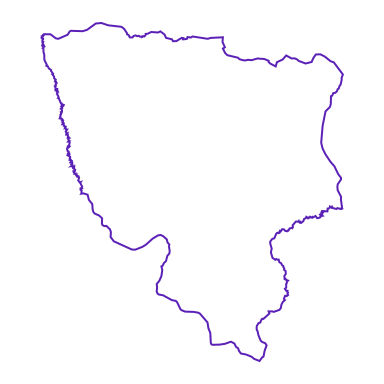 Sikhio, Nakhon Ratchasima, Thailand (orthographic projection)
{"feature_id": "78962969B49546338706429", "entity_name": "Sikhio", "entity_type": "district", "adm_level": 2, "iso_a3": "THA", "parent_name": "Thailand", "parent_adm1": "Nakhon Ratchasima", "projection": "orthographic", "projection_center": [101.558, 14.904], "detail": "fine", "context": "isolated", "style": "outline", "palette": "violet", "viewbox_px": 384, "rotation_deg": 0, "n_neighbors": 0, "source": "geoboundaries", "source_scale": "gbopen_adm2", "svg_char_len": 5769}
<svg xmlns="http://www.w3.org/2000/svg" viewBox="0 0 384 384"><path d="M43.9,34.2L43.3,34.7L43.8,35.2L43.4,35.7L41.1,36.4L42.0,36.4L43.2,37.3L42.2,37.1L42.8,38.2L41.9,38.3L43.0,39.6L42.3,40.5L42.4,42.0L43.2,42.0L42.8,43.3L43.7,45.1L42.5,44.5L42.1,45.6L43.8,47.0L42.8,48.1L43.4,48.4L43.5,52.2L44.2,54.2L44.4,60.0L46.8,64.8L46.4,65.8L47.7,66.2L48.9,68.5L51.1,70.0L51.0,70.9L52.7,73.2L52.3,73.9L53.1,74.1L52.9,75.1L54.1,76.6L54.2,78.4L55.7,79.6L55.2,80.5L56.1,81.9L55.4,82.0L56.5,83.4L55.5,84.5L55.9,85.8L54.8,86.3L55.7,88.2L55.5,89.0L56.8,89.0L56.4,89.6L57.1,89.4L57.5,90.3L57.5,90.9L56.9,90.9L57.3,91.3L56.5,91.3L57.6,93.0L56.9,94.0L58.3,96.2L58.7,97.6L58.1,98.1L58.9,98.6L60.9,103.3L61.6,103.4L61.7,104.7L62.6,104.7L62.8,105.4L63.1,104.7L63.8,105.0L63.2,106.0L61.4,106.6L62.1,107.4L61.0,108.6L61.7,108.8L61.3,109.2L62.0,110.2L62.0,111.7L61.6,112.7L60.9,112.4L61.1,114.2L60.3,114.9L60.6,116.0L60.0,117.0L60.5,117.7L59.9,118.4L61.6,118.7L61.7,119.7L62.5,119.5L63.0,120.3L62.5,120.6L62.8,121.4L62.4,121.8L63.0,122.0L63.1,122.8L62.5,124.0L63.8,123.7L63.7,125.7L64.5,125.9L64.6,126.7L65.6,126.8L65.0,128.1L65.6,127.9L66.0,129.4L67.1,129.5L65.7,131.6L66.5,132.4L66.3,133.9L67.2,133.5L66.9,134.1L67.5,133.9L67.9,134.6L67.5,135.5L68.4,136.5L67.9,137.3L69.2,138.0L67.9,138.6L69.0,140.3L68.6,140.9L69.3,141.1L68.5,141.7L69.3,141.8L69.7,142.8L69.0,145.2L69.6,146.1L68.7,146.4L69.2,146.8L68.7,147.4L67.8,146.6L67.0,149.0L67.7,151.2L68.6,151.5L68.4,152.8L69.3,153.2L69.3,154.0L67.8,153.9L67.7,154.4L68.8,154.6L67.8,155.5L70.1,156.6L70.0,157.6L69.2,157.6L70.0,158.0L69.6,158.8L70.5,159.5L69.9,160.1L71.6,160.8L70.7,162.1L72.2,162.2L72.4,164.7L71.3,164.5L72.0,165.7L71.3,166.2L72.4,166.1L72.8,167.2L74.2,166.3L74.1,168.0L73.5,168.5L75.2,169.8L75.0,170.8L73.4,171.2L73.6,172.0L74.4,171.9L74.4,172.9L75.0,172.4L74.4,173.7L75.2,173.8L76.3,175.4L76.7,174.6L77.0,175.7L77.8,176.0L77.7,176.7L78.6,176.5L78.9,177.2L79.1,177.9L78.2,180.4L79.8,182.5L80.6,182.2L80.2,182.8L82.2,186.8L81.4,187.9L81.7,188.2L80.5,188.4L80.4,189.1L80.6,189.9L81.7,190.4L81.4,192.2L81.8,192.9L81.3,193.7L83.5,193.4L87.6,194.7L88.9,199.9L92.3,204.1L92.6,209.2L93.5,212.3L94.8,213.6L99.2,215.6L102.1,218.3L101.9,223.3L102.4,225.0L104.3,226.1L106.4,225.9L110.0,229.4L110.9,232.1L110.6,237.0L113.8,241.3L131.8,249.5L135.2,249.7L142.3,246.9L145.8,244.8L152.7,238.6L158.2,235.3L160.7,235.0L163.1,236.1L166.8,239.4L167.5,242.4L169.3,244.5L169.0,246.7L169.7,251.1L169.3,253.6L167.3,255.9L166.0,261.1L163.9,263.1L162.7,265.7L161.4,266.4L162.3,269.9L161.4,276.1L159.4,280.7L156.7,284.1L157.1,287.1L156.7,291.5L157.6,293.7L158.8,294.5L163.1,295.3L171.8,300.1L175.8,300.9L177.1,302.2L180.5,309.3L181.6,310.2L185.1,311.6L193.6,311.9L198.3,312.7L199.9,313.6L207.5,322.4L208.4,328.2L210.3,333.0L210.8,343.0L211.4,344.3L212.7,344.8L219.7,344.6L225.0,343.8L230.9,341.7L234.4,343.5L236.0,346.8L238.1,348.3L239.0,350.9L240.9,353.5L246.0,354.5L251.7,356.8L254.0,358.8L259.5,361.0L262.2,357.3L263.5,356.6L264.6,350.9L266.6,345.3L265.2,343.2L262.0,341.9L260.7,340.7L258.5,335.4L257.5,331.0L256.7,329.8L256.7,326.2L258.6,323.1L260.2,322.6L261.6,319.3L262.5,318.7L263.3,319.0L269.4,313.5L268.6,311.4L272.5,311.4L273.6,311.9L279.4,309.9L280.8,308.1L281.5,304.4L283.0,301.7L284.9,300.1L283.9,298.8L285.1,295.8L286.7,296.1L288.1,295.0L287.4,293.9L288.0,292.5L287.1,291.6L287.4,290.8L286.2,290.7L284.9,288.8L286.2,287.6L286.2,283.8L286.8,283.1L286.8,281.9L288.0,280.6L285.5,279.6L285.5,278.8L284.6,278.9L284.3,276.1L285.8,273.8L285.6,271.0L284.1,269.8L284.2,268.1L283.5,267.5L283.3,266.0L282.1,265.2L281.2,263.3L279.3,262.2L278.7,259.6L277.5,259.7L276.2,259.0L275.2,259.8L272.5,257.8L270.9,252.4L271.7,248.7L270.2,243.4L270.3,241.4L272.3,238.9L274.3,238.3L276.3,233.6L277.2,232.8L278.8,233.2L279.6,232.7L279.4,231.9L280.3,231.6L280.1,230.7L281.2,230.8L282.1,229.2L284.0,229.4L285.3,230.9L287.3,231.3L288.5,230.5L288.4,229.9L289.3,229.3L289.5,228.5L291.7,227.8L292.3,228.2L292.9,227.2L292.7,225.2L295.9,221.5L298.5,221.7L298.8,221.2L299.0,221.8L300.0,221.7L299.8,222.6L301.0,223.0L303.4,221.1L304.0,219.1L305.9,218.0L306.3,216.9L308.0,218.4L308.5,218.2L308.5,217.4L309.7,217.4L310.0,216.8L311.1,217.6L312.2,216.9L312.6,217.6L315.5,216.0L317.2,218.2L319.8,217.6L320.5,216.9L320.4,216.2L322.4,215.8L320.3,214.4L321.3,213.8L321.8,214.9L322.2,214.7L321.9,213.6L322.9,212.6L321.5,212.2L322.0,211.0L327.4,211.4L327.6,208.6L328.4,208.7L329.8,207.6L329.9,206.6L331.6,207.7L332.1,206.8L332.9,208.1L336.5,209.0L337.4,208.1L341.1,209.1L342.2,208.6L341.6,207.8L342.0,207.2L340.9,199.4L341.1,196.8L337.7,190.3L337.4,186.9L337.7,184.3L341.0,179.5L341.0,177.8L338.3,174.3L334.4,166.3L330.4,161.7L325.4,154.2L322.6,148.5L321.2,142.8L322.6,126.0L325.5,111.4L330.0,106.9L330.8,103.8L331.0,96.2L332.2,95.7L333.3,93.1L335.3,92.8L336.9,91.3L337.7,89.1L338.7,88.6L339.6,85.7L340.6,84.7L341.7,79.7L341.6,77.8L342.9,74.5L333.8,62.3L330.7,61.3L324.7,56.5L320.3,54.3L315.8,54.5L313.5,57.8L311.6,62.0L305.6,63.5L298.7,60.9L297.1,59.4L294.4,58.3L291.7,58.5L286.2,55.5L282.7,59.5L276.9,62.2L275.7,66.4L270.3,63.6L268.6,62.0L268.7,60.8L264.3,59.0L257.4,58.5L251.5,60.2L248.1,59.8L245.0,60.5L241.4,59.8L239.4,59.1L237.9,57.7L227.4,55.2L225.2,53.1L222.9,48.6L224.9,47.3L222.5,42.0L222.9,37.3L210.8,37.9L207.7,38.8L192.5,36.5L191.0,37.5L187.5,37.1L187.0,38.8L184.9,39.2L183.0,39.3L183.3,38.1L181.6,37.9L176.4,41.1L173.0,41.2L171.9,39.3L166.1,37.9L164.5,34.5L160.4,31.4L158.0,32.5L151.2,32.0L147.5,33.8L145.7,33.9L145.8,34.7L144.5,36.4L143.6,36.1L142.2,37.0L142.1,36.4L140.1,36.8L138.9,35.8L137.1,36.2L135.7,35.4L133.6,36.0L132.5,37.4L129.8,37.4L128.6,35.0L127.1,34.3L127.0,33.2L124.0,28.7L121.4,26.8L108.2,25.3L101.4,23.0L95.8,23.5L87.0,29.9L82.6,31.2L70.7,30.8L69.5,31.7L67.7,34.7L58.3,38.8L55.9,38.4L50.5,34.3L43.9,34.2Z" fill="none" stroke="#5b21b6" stroke-width="2"/></svg>